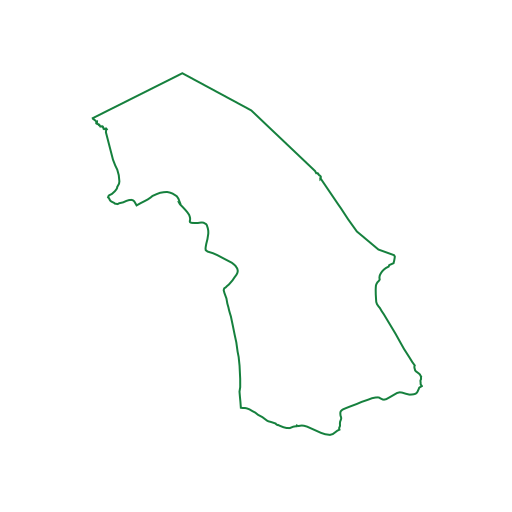 the district of Loroum, Loroum, Burkina Faso, rotated 14°
{"feature_id": "67063806B11896750408185", "entity_name": "Loroum", "entity_type": "district", "adm_level": 2, "iso_a3": "BFA", "parent_name": "Burkina Faso", "parent_adm1": "Loroum", "projection": "orthographic", "projection_center": [-2.146, 13.922], "detail": "fine", "context": "isolated", "style": "outline", "palette": "green", "viewbox_px": 512, "rotation_deg": 14, "n_neighbors": 0, "source": "geoboundaries", "source_scale": "gbopen_adm2", "svg_char_len": 4228}
<svg xmlns="http://www.w3.org/2000/svg" viewBox="0 0 512 512"><g transform="rotate(14 256 256)"><path d="M63.6,162.3L64.2,162.1L67.5,163.5L68.5,164.2L68.7,165.0L69.3,164.3L69.4,164.7L69.3,166.0L70.2,166.4L71.3,166.2L72.1,166.5L72.1,167.1L72.9,167.3L73.3,167.6L73.5,168.0L74.3,168.0L75.2,167.3L76.1,167.5L76.4,167.9L76.5,168.4L77.4,168.9L77.4,169.5L77.8,169.7L79.0,169.4L79.6,168.5L80.0,168.7L80.6,169.2L80.1,169.7L80.4,172.2L93.9,197.1L97.5,202.2L100.5,205.8L103.3,210.8L105.4,216.7L105.6,219.0L104.6,222.8L104.8,223.5L104.5,224.8L103.4,227.3L101.2,230.6L99.7,231.9L99.0,232.4L98.6,233.1L98.3,233.8L98.4,234.6L98.3,234.9L98.6,235.1L99.4,235.5L100.6,237.0L101.6,237.8L102.7,238.2L105.5,238.8L106.3,239.3L109.2,239.1L110.5,237.9L114.1,236.1L116.9,233.9L119.2,232.5L121.5,231.7L123.0,231.7L124.6,232.4L126.4,234.2L127.9,235.8L131.4,232.5L134.4,229.9L137.3,227.3L139.7,224.6L141.0,222.8L144.6,220.0L147.6,217.9L151.1,216.4L154.2,215.4L157.0,215.3L159.9,215.6L163.0,216.6L164.7,217.2L166.8,219.1L168.2,221.1L169.4,222.8L168.4,222.8L169.7,224.2L173.0,226.2L176.2,228.3L178.7,230.1L181.1,232.2L182.1,233.7L182.9,235.2L183.3,236.9L183.3,237.8L183.4,238.4L183.7,239.0L184.3,239.3L185.1,239.4L186.2,239.3L189.1,238.7L191.7,238.0L194.1,237.0L195.4,236.6L196.6,236.4L197.6,236.5L198.9,236.9L200.0,237.2L200.9,238.1L202.5,240.7L203.5,242.9L203.9,244.2L204.3,245.9L204.8,251.4L204.8,256.2L205.0,259.3L205.2,260.8L205.4,261.5L205.7,262.1L205.9,262.6L206.6,262.8L207.9,263.4L213.5,263.7L218.2,264.5L226.3,266.5L234.2,268.4L237.0,269.7L238.7,270.7L239.7,271.7L240.3,272.2L240.8,272.7L241.3,273.6L241.8,274.6L242.0,275.6L242.0,277.0L241.6,278.8L240.6,281.3L240.4,281.7L239.1,285.3L236.6,290.2L235.0,292.4L234.2,293.8L233.1,294.9L232.9,296.0L233.0,297.2L234.3,299.5L237.6,304.4L239.7,309.1L241.6,312.4L242.8,314.8L244.2,317.3L246.3,320.8L250.7,329.9L254.4,337.7L257.8,344.6L261.3,353.3L263.6,358.2L266.6,366.5L270.4,379.1L272.4,387.1L272.8,391.6L274.5,396.6L276.1,401.1L278.0,406.9L280.0,406.7L281.5,406.3L282.8,406.1L284.3,406.1L286.8,406.4L290.1,407.4L293.1,408.1L296.4,409.6L301.2,410.8L304.7,412.3L306.9,413.2L308.2,413.4L309.9,413.4L311.8,413.5L315.6,413.8L316.1,414.3L317.6,414.8L318.2,414.8L318.4,414.6L320.3,415.0L324.0,415.5L327.2,415.5L330.4,414.8L333.6,412.5L334.2,412.3L335.2,411.8L336.6,411.4L336.6,410.6L337.2,410.7L338.5,410.7L339.7,410.1L341.5,409.4L343.7,409.1L346.8,409.2L353.6,410.4L361.9,411.9L366.2,412.2L371.0,411.7L373.6,410.2L375.5,407.9L377.2,405.8L379.0,404.3L378.6,403.7L378.3,402.8L378.6,400.5L377.9,398.0L377.7,396.4L377.9,394.8L378.0,393.6L377.9,392.7L377.4,391.6L376.7,390.6L376.0,388.7L375.7,387.2L375.8,386.3L376.1,385.6L376.7,384.7L377.6,383.7L380.0,381.9L383.2,379.6L389.6,375.2L393.8,372.0L399.4,368.4L403.0,365.9L406.2,364.4L408.5,363.7L409.8,363.6L410.9,364.0L412.3,364.3L413.9,364.6L415.0,364.4L417.0,363.4L419.9,360.7L422.9,357.8L426.0,354.8L428.4,353.5L430.8,353.2L434.5,353.4L438.4,353.4L440.4,352.8L442.5,352.0L444.2,351.0L445.2,349.6L445.6,348.3L445.8,347.0L446.1,345.8L446.1,345.0L446.3,344.2L447.5,343.0L448.4,342.1L448.2,341.8L447.9,341.6L447.4,341.3L446.9,340.8L446.6,340.0L446.4,339.2L445.9,337.8L445.7,337.1L445.7,336.7L445.8,336.3L445.9,335.8L445.9,335.3L445.6,334.6L445.5,333.9L445.4,333.0L444.7,332.5L443.7,331.3L442.4,330.6L440.5,329.8L439.0,329.2L438.0,328.4L437.8,327.9L436.9,326.4L436.6,325.7L436.4,324.7L436.5,323.8L433.3,321.1L429.2,317.1L422.0,310.3L417.2,305.2L410.2,297.7L402.5,290.0L399.5,287.0L397.5,285.0L394.2,281.7L391.2,279.0L388.8,276.5L387.0,275.2L385.0,273.4L383.8,271.5L383.1,269.4L381.5,264.3L380.3,259.8L379.8,257.4L379.5,255.4L379.7,253.8L380.2,252.1L380.9,251.0L381.5,249.7L381.7,248.9L381.0,247.2L380.9,246.3L380.8,245.3L380.9,244.3L381.3,242.6L382.0,240.7L382.5,239.7L383.4,238.2L384.8,236.4L386.4,234.9L387.2,234.3L387.3,234.0L387.4,233.1L387.5,232.6L388.0,232.2L391.2,229.7L391.2,227.2L391.0,224.2L390.8,222.9L389.7,221.8L373.2,220.1L347.9,207.8L336.5,198.1L326.9,189.2L323.1,185.9L315.4,179.0L300.1,165.3L299.8,165.8L299.5,164.9L299.9,164.4L299.7,163.4L299.2,162.9L298.2,162.4L297.9,162.4L296.5,161.5L296.5,161.1L296.0,160.8L295.3,160.8L294.4,161.1L292.8,159.3L237.9,128.2L216.2,115.9L140.3,96.5L63.6,162.3Z" fill="none" stroke="#15803d" stroke-width="2"/></g></svg>